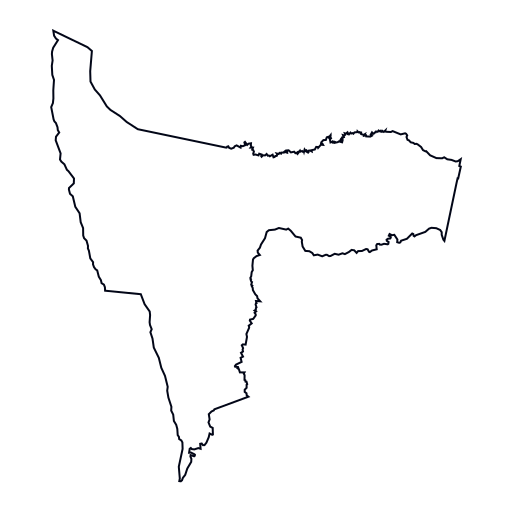 Juan B. Alberdi, Tucumán, Argentina
{"feature_id": "61730980B38664240857483", "entity_name": "Juan B. Alberdi", "entity_type": "district", "adm_level": 2, "iso_a3": "ARG", "parent_name": "Argentina", "parent_adm1": "Tucumán", "projection": "robinson", "projection_center": [-65.664, -27.636], "detail": "fine", "context": "isolated", "style": "outline", "palette": "ink", "viewbox_px": 512, "rotation_deg": 0, "n_neighbors": 0, "source": "geoboundaries", "source_scale": "gbopen_adm2", "svg_char_len": 6051}
<svg xmlns="http://www.w3.org/2000/svg" viewBox="0 0 512 512"><path d="M460.7,159.2L457.8,161.2L455.7,161.5L451.5,159.9L447.3,159.3L444.2,157.3L442.1,158.3L436.4,158.1L430.1,155.3L426.2,151.2L425.6,151.4L423.0,150.1L421.1,147.0L417.7,144.4L416.5,143.8L414.7,144.0L413.4,142.9L410.7,142.3L409.0,140.4L407.5,139.8L406.5,137.0L407.2,135.4L406.1,133.8L405.1,133.3L400.7,134.4L392.6,131.1L390.9,132.0L386.7,131.8L385.0,131.5L385.3,130.5L383.8,131.9L382.5,131.0L382.4,131.7L381.2,131.8L380.6,130.8L379.8,131.3L378.6,130.5L377.7,131.8L376.0,131.5L375.6,132.4L374.9,132.4L373.6,133.8L372.4,133.8L372.7,133.2L372.0,132.4L370.7,134.7L371.9,135.7L370.3,136.6L366.2,136.4L366.0,135.3L364.2,135.7L364.8,134.2L363.6,134.9L361.2,134.1L361.1,131.6L360.9,132.7L360.3,133.0L359.6,132.1L358.6,132.4L357.5,131.3L357.4,132.1L354.5,132.4L353.4,133.7L352.7,133.1L351.3,133.5L350.5,132.6L349.0,134.3L348.5,133.6L347.8,133.9L347.4,132.4L345.9,133.6L344.8,133.3L345.3,134.6L344.4,135.5L343.0,135.1L343.8,137.1L342.1,137.4L341.8,138.0L342.6,138.1L342.5,139.3L341.0,139.0L340.3,140.3L341.4,141.4L342.4,141.1L342.1,142.3L338.8,141.4L337.9,142.1L334.8,142.8L334.9,141.9L334.0,141.6L333.4,142.3L332.7,141.6L332.3,142.4L331.6,141.9L330.5,142.4L329.9,139.4L331.6,137.7L329.4,138.4L328.6,137.4L330.6,135.9L330.6,135.1L329.6,136.4L326.8,137.3L325.8,140.0L323.4,140.1L321.3,142.3L321.1,143.3L322.5,143.8L323.1,144.9L320.9,144.7L318.1,147.9L317.7,147.0L316.2,146.9L314.8,149.5L311.5,150.2L311.7,151.4L310.0,150.5L308.8,150.6L308.0,151.5L308.5,152.1L308.1,152.6L306.4,151.6L306.9,151.0L306.4,150.2L305.3,150.5L304.6,149.5L304.0,151.8L303.7,150.8L303.6,151.6L302.9,151.8L302.1,151.0L300.5,151.6L300.0,150.6L298.7,152.4L297.8,151.1L298.1,152.5L297.5,153.9L295.7,152.3L296.0,153.1L295.4,153.2L294.2,151.7L290.9,152.4L288.6,150.3L285.9,150.5L285.0,151.2L287.1,151.2L287.2,152.7L284.7,151.9L284.0,152.6L281.3,152.6L281.0,153.6L279.5,152.9L278.7,154.0L276.7,153.5L277.3,154.5L276.7,155.9L275.3,156.0L274.6,157.0L273.5,157.3L272.6,154.7L269.8,156.3L268.9,155.5L267.8,155.7L266.6,154.0L265.1,155.4L263.0,155.3L261.6,156.7L261.2,156.1L261.6,154.5L259.2,153.7L258.5,155.4L255.5,154.5L253.6,154.8L253.2,153.7L253.9,151.6L253.2,150.1L252.2,149.7L253.0,147.6L250.6,147.6L251.4,146.5L250.8,145.4L251.0,143.3L248.5,143.7L247.2,144.9L245.0,141.9L244.4,142.4L245.2,145.2L242.8,146.2L240.9,145.8L240.6,147.6L236.6,145.4L234.7,146.3L233.8,147.7L231.2,148.7L229.1,147.8L228.3,146.3L227.1,146.7L226.6,147.6L225.5,147.5L137.8,129.2L126.7,122.0L120.0,116.1L110.4,109.9L106.8,106.4L100.0,95.4L94.8,89.5L90.5,81.6L90.2,71.2L91.9,51.0L87.5,47.2L53.3,30.7L54.1,35.7L56.0,38.6L58.0,40.1L53.2,47.7L52.1,51.5L51.9,54.1L52.6,60.5L51.8,65.8L52.3,74.9L54.0,79.9L53.3,90.2L53.4,98.5L52.9,103.1L51.2,107.1L53.6,119.4L54.4,121.4L55.9,123.0L57.5,127.2L57.8,130.1L59.2,132.5L56.0,136.7L55.7,140.3L60.6,153.4L60.0,159.5L61.3,161.6L64.4,164.3L66.9,169.8L68.4,171.1L74.0,178.5L73.8,183.4L69.0,188.0L68.9,189.5L70.0,193.8L72.8,196.3L75.3,206.8L79.6,213.3L80.7,222.2L83.1,228.1L83.2,235.5L84.1,238.2L86.5,240.6L88.0,245.9L87.9,248.4L88.9,250.7L90.3,258.4L93.1,262.2L93.0,264.3L94.0,267.1L95.6,269.3L97.2,270.4L98.8,276.7L100.9,280.1L101.6,283.2L103.9,284.6L104.9,287.2L105.1,290.7L140.8,294.2L144.6,304.2L149.7,311.5L150.1,315.1L149.6,322.2L150.0,325.0L151.7,329.2L150.4,332.2L152.5,338.6L153.8,347.6L158.8,357.8L161.3,367.8L165.0,375.9L167.7,386.8L167.2,390.7L168.4,397.6L171.4,406.8L171.2,410.6L173.2,414.6L173.9,421.0L176.2,424.8L177.3,428.9L177.7,435.1L178.9,436.8L179.2,439.1L181.3,440.4L182.4,442.4L182.6,448.9L178.8,466.7L179.8,478.5L179.3,481.1L180.8,481.3L182.0,480.3L182.9,477.8L185.2,474.9L187.3,468.5L191.2,461.9L191.4,458.9L190.4,456.5L190.6,455.1L194.1,456.3L194.8,455.7L194.9,454.7L194.1,454.1L190.8,452.5L189.1,452.7L189.7,448.8L190.8,448.0L191.8,449.1L194.3,449.4L198.3,448.1L200.6,448.8L200.2,443.8L201.7,443.5L202.9,445.1L204.5,445.1L206.4,442.7L208.7,437.3L209.6,433.5L212.2,434.8L212.9,434.5L212.7,427.9L210.2,426.6L208.5,422.4L209.6,419.4L208.8,414.2L211.5,411.5L213.8,410.4L214.4,409.3L248.4,396.7L246.7,395.3L246.5,393.3L244.7,391.9L244.7,389.7L246.6,387.8L246.6,384.7L247.2,384.2L246.5,381.7L245.5,381.6L245.3,380.2L244.5,379.9L244.6,375.2L243.8,373.7L244.5,372.4L239.9,372.4L238.9,369.2L237.7,368.4L238.3,367.9L238.0,367.0L235.1,366.7L234.9,366.1L236.0,364.6L241.6,361.9L240.6,357.8L243.0,356.6L241.0,352.8L243.0,351.5L242.6,349.6L243.1,348.1L241.8,345.3L242.8,344.4L245.6,344.6L247.0,336.9L246.4,334.0L249.0,328.1L249.2,327.1L248.7,325.7L251.7,323.4L249.8,320.6L250.0,319.6L253.2,318.9L255.7,315.4L255.7,314.3L254.6,312.8L256.1,311.4L254.6,310.5L255.8,309.7L255.9,308.0L256.5,307.4L255.6,304.5L256.0,303.2L256.5,303.1L256.0,301.0L260.2,301.3L257.5,298.3L257.1,296.1L255.3,294.3L252.9,290.1L252.7,287.9L251.8,286.2L252.3,285.6L251.2,284.7L252.0,282.1L251.3,281.6L250.6,279.6L251.0,279.2L250.3,278.0L251.2,276.3L251.7,272.1L252.8,270.2L252.4,265.7L253.0,259.5L253.8,258.2L256.5,256.1L259.8,255.0L257.8,252.6L257.6,250.6L259.9,247.7L261.0,244.5L265.0,238.2L266.7,232.0L268.9,230.2L274.9,229.6L278.9,228.0L286.2,229.6L288.2,228.6L290.8,230.8L295.5,236.5L300.8,237.7L302.1,240.1L301.8,241.7L302.6,246.5L305.3,250.9L309.3,251.2L312.3,253.0L313.8,255.3L317.7,254.6L322.2,256.3L325.7,254.8L326.9,254.8L329.1,256.1L330.5,256.0L334.7,253.8L338.6,254.7L342.4,253.3L344.9,254.1L348.9,252.0L351.6,249.9L354.2,250.3L356.6,252.9L358.1,251.1L361.9,251.0L366.1,249.0L367.6,249.3L369.0,251.8L369.8,252.1L372.0,250.5L376.7,249.3L376.3,245.3L377.2,244.0L379.3,243.9L379.8,244.6L381.5,244.7L384.0,243.8L387.7,244.3L388.3,243.9L388.6,242.0L386.8,240.8L386.6,239.7L388.0,238.7L390.2,238.5L390.8,237.6L390.6,236.7L388.8,235.7L389.6,234.0L392.0,235.2L394.3,234.8L397.4,239.5L397.2,242.2L399.2,242.8L400.3,242.4L401.1,240.7L406.9,238.8L412.2,233.5L413.3,234.0L413.6,235.8L414.5,236.4L416.0,235.2L425.3,231.9L429.1,228.6L431.5,227.8L436.3,228.2L440.2,230.0L441.7,232.2L441.7,234.8L443.4,239.7L444.4,240.9L456.6,182.7L457.6,178.3L458.2,178.4L460.8,166.6L459.3,166.0L460.7,159.2Z" fill="none" stroke="#020617" stroke-width="2"/></svg>